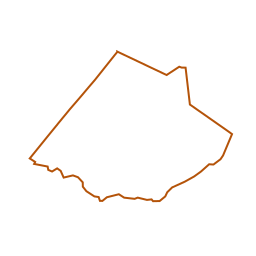 the district of Robeson, North Carolina, United States of America, rotated 81°
{"feature_id": "52423323B67039522895977", "entity_name": "Robeson", "entity_type": "district", "adm_level": 2, "iso_a3": "USA", "parent_name": "United States of America", "parent_adm1": "North Carolina", "projection": "equal_earth", "projection_center": [-79.076, 34.626], "detail": "fine", "context": "isolated", "style": "outline", "palette": "amber", "viewbox_px": 256, "rotation_deg": 81, "n_neighbors": 0, "source": "geoboundaries", "source_scale": "gbopen_adm2", "svg_char_len": 968}
<svg xmlns="http://www.w3.org/2000/svg" viewBox="0 0 256 256"><g transform="rotate(81 128 128)"><path d="M150.3,26.2L148.4,28.1L144.7,31.9L120.3,57.2L114.5,63.2L77.7,61.7L77.4,61.7L76.7,65.6L75.5,67.8L81.7,81.6L50.9,126.6L51.0,126.6L51.4,126.9L53.6,129.4L75.2,153.0L81.5,160.4L83.0,162.1L83.4,162.6L87.3,167.1L92.0,172.6L100.7,182.9L101.8,184.1L108.6,191.8L108.8,192.0L112.6,196.3L114.2,198.0L114.3,198.1L114.6,198.5L123.8,208.8L125.7,210.9L142.7,229.8L147.0,225.0L148.8,226.3L153.5,213.4L156.9,213.3L159.1,209.8L156.8,204.3L159.8,201.2L166.9,199.3L166.2,189.8L168.8,185.1L174.6,181.2L178.9,181.8L183.9,179.0L190.3,171.9L191.6,167.8L195.6,167.1L196.0,164.7L193.1,159.7L192.0,147.4L196.2,142.7L199.0,132.5L198.3,129.3L202.0,120.5L202.2,115.9L204.2,114.7L205.1,108.2L201.4,101.9L197.6,99.3L193.6,93.7L189.9,80.3L186.2,70.2L182.4,62.7L176.5,53.5L177.4,49.6L177.4,49.4L177.4,49.2L173.3,41.5L170.0,38.4L150.3,26.2Z" fill="none" stroke="#b45309" stroke-width="2"/></g></svg>